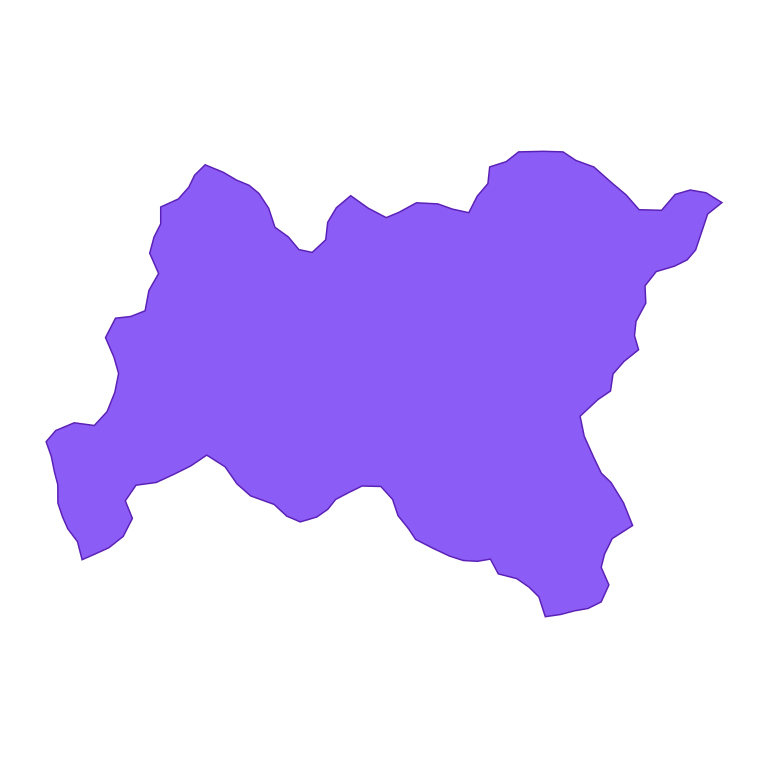 the district of Patrocínio do Muriaé, Minas Gerais, Brazil
{"feature_id": "56859067B72452830054870", "entity_name": "Patrocínio do Muriaé", "entity_type": "district", "adm_level": 2, "iso_a3": "BRA", "parent_name": "Brazil", "parent_adm1": "Minas Gerais", "projection": "albers", "projection_center": [-42.255, -21.171], "detail": "fine", "context": "isolated", "style": "filled", "palette": "violet", "viewbox_px": 768, "rotation_deg": 0, "n_neighbors": 0, "source": "geoboundaries", "source_scale": "gbopen_adm2", "svg_char_len": 1727}
<svg xmlns="http://www.w3.org/2000/svg" viewBox="0 0 768 768"><path d="M601.2,601.9L608.9,584.9L601.2,567.4L604.5,554.2L612.2,538.6L632.6,525.5L623.5,502.8L611.0,482.5L601.3,473.2L593.3,456.5L584.2,436.2L580.1,416.2L598.0,399.5L610.5,391.0L613.0,374.0L624.0,361.4L638.6,349.7L634.5,335.7L636.0,321.4L645.8,303.1L645.0,285.8L656.2,271.6L674.6,266.1L687.2,259.8L695.6,250.0L702.7,228.9L707.6,214.1L721.9,202.6L706.1,192.8L690.2,190.0L675.2,194.4L661.6,210.3L639.1,209.7L626.1,194.9L611.8,182.9L593.9,167.0L575.8,160.4L563.0,151.9L543.4,151.3L518.6,151.9L506.1,161.7L489.7,166.9L487.9,183.6L477.2,196.2L468.8,212.7L452.4,209.1L437.8,203.9L416.4,202.8L398.8,212.4L386.2,217.6L368.4,208.3L350.7,195.7L336.4,207.7L327.7,222.3L325.7,239.8L312.2,252.4L298.9,249.6L288.4,237.0L274.9,227.2L268.7,208.3L259.0,193.5L249.1,185.3L236.5,180.1L223.5,172.4L205.1,164.8L194.6,175.2L188.8,187.2L178.3,199.0L160.7,207.0L160.7,223.9L154.0,237.1L149.7,253.2L158.6,273.5L148.9,290.5L145.1,310.8L130.6,316.5L115.5,318.2L105.5,337.6L114.0,357.3L118.6,373.5L114.8,392.4L107.1,411.6L94.3,425.5L74.2,422.8L55.8,430.5L46.1,441.7L51.2,456.0L54.5,472.1L57.8,484.7L57.9,503.1L62.5,516.8L67.8,528.8L77.5,541.7L82.1,559.7L94.4,554.3L108.9,547.7L123.2,536.4L132.4,518.4L125.3,500.8L136.0,485.2L156.2,482.5L174.5,474.0L190.9,465.8L206.7,455.1L225.1,466.8L236.9,483.8L250.6,495.9L274.1,504.4L286.7,516.1L300.2,521.9L316.8,517.0L327.8,509.3L335.7,499.4L348.2,492.8L362.0,486.0L380.9,486.5L392.6,499.4L398.0,515.6L408.5,528.7L415.6,539.4L433.2,548.4L449.6,556.1L463.3,560.5L477.4,561.3L490.4,559.1L498.3,573.9L516.7,578.6L529.0,587.1L538.9,596.9L545.3,616.7L560.6,614.5L574.1,610.9L587.9,608.5L601.2,601.9Z" fill="#8b5cf6" stroke="#5b21b6" stroke-width="1.5"/></svg>